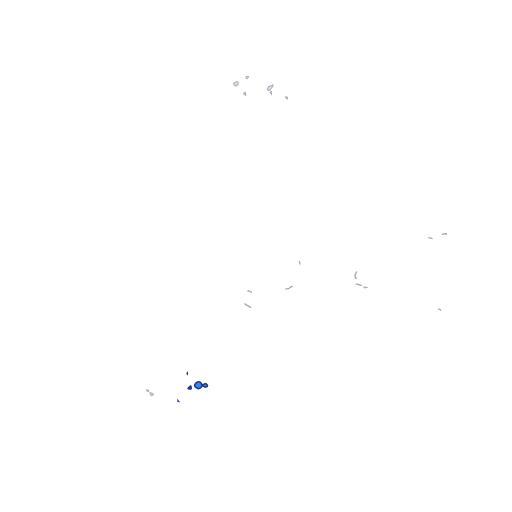 Windward Islands on a map of French Polynesia (Robinson projection), rotated 324°
{"feature_id": "PYF-4963", "entity_name": "Windward Islands", "entity_type": "state/province", "adm_level": 1, "iso_a3": "PYF", "parent_name": "French Polynesia", "parent_adm1": "", "projection": "robinson", "projection_center": [-149.632, -17.426], "detail": "fine", "context": "in_parent", "style": "filled", "palette": "blue", "viewbox_px": 512, "rotation_deg": 324, "n_neighbors": 0, "source": "natural_earth", "source_scale": "10m", "svg_char_len": 3396}
<svg xmlns="http://www.w3.org/2000/svg" viewBox="0 0 512 512"><g transform="rotate(324 256 256)"><path d="M136.9,328.3L140.1,329.5L140.7,331.4L140.0,332.7L138.4,332.4L137.6,331.7L136.5,329.4L133.4,329.9L131.3,329.5L130.1,326.5L130.0,325.2L130.6,324.3L132.8,323.4L135.7,324.1L136.7,325.8L136.9,328.3ZM366.0,126.2L369.3,127.5L370.3,127.4L369.3,128.7L366.0,129.4L364.9,130.0L363.5,129.6L362.8,128.1L366.0,126.2ZM342.8,106.4L340.6,107.0L339.5,106.8L338.8,104.8L339.1,103.5L339.4,103.1L343.1,103.6L343.4,104.5L343.4,105.4L342.8,106.4ZM90.9,307.8L90.0,307.8L89.2,307.5L89.4,304.8L89.6,304.3L90.9,305.2L91.9,307.5L90.9,307.8ZM126.1,324.7L125.4,325.3L124.5,324.9L124.1,324.2L123.9,323.6L124.1,322.8L126.2,322.9L126.8,323.2L126.1,324.7ZM354.3,107.1L352.8,107.3L352.6,106.1L353.0,105.4L353.6,105.1L354.7,105.5L355.3,106.0L355.3,106.5L354.3,107.1ZM342.6,119.4L342.1,119.9L341.3,118.3L341.1,117.7L342.8,116.9L343.6,117.3L342.6,119.4ZM221.6,294.0L221.7,294.4L221.2,294.4L220.4,293.1L220.1,292.0L219.6,290.7L218.9,289.8L218.8,288.9L218.8,287.6L219.6,289.7L220.4,291.3L220.9,292.6L221.6,294.0ZM324.3,332.6L324.4,333.0L323.6,333.0L323.4,332.8L323.4,331.9L324.0,330.8L324.5,329.9L325.4,329.0L327.1,328.2L327.9,327.8L328.1,328.0L327.8,328.2L325.1,330.0L324.2,331.2L323.8,332.1L323.9,332.4L324.3,332.6ZM374.1,146.9L373.3,147.4L373.2,144.7L374.3,145.2L374.7,145.6L374.5,146.4L374.1,146.9ZM323.7,341.0L323.9,341.7L323.1,341.2L322.3,339.9L320.9,338.3L320.6,337.7L321.7,338.3L322.4,339.2L323.7,341.0ZM89.6,302.2L89.2,302.4L88.8,302.0L88.6,301.3L88.8,300.1L89.8,300.9L90.3,301.4L89.6,302.2ZM365.2,132.2L363.5,134.2L363.5,132.0L364.1,131.8L364.6,131.8L365.2,132.2ZM423.4,349.9L422.9,350.5L422.9,350.0L422.3,349.7L421.4,349.2L420.3,348.5L419.7,348.4L419.3,348.1L419.8,347.9L420.5,348.2L421.5,348.7L422.6,349.3L423.4,349.9ZM231.2,282.0L231.1,283.1L230.7,282.0L229.3,280.3L228.8,279.5L229.4,279.6L231.2,282.0ZM326.9,345.8L327.2,346.7L326.6,346.3L324.9,345.4L324.8,344.6L326.9,345.8ZM266.6,301.3L267.8,302.5L266.2,301.7L264.2,301.3L265.0,301.1L266.1,301.1L266.6,301.3ZM263.8,301.7L262.9,301.8L260.8,300.3L261.6,300.3L262.8,301.2L263.8,301.7ZM408.6,344.8L408.6,345.3L406.5,342.9L407.3,343.1L408.6,344.8ZM373.8,408.4L373.1,408.9L373.4,408.3L372.9,406.9L372.4,406.7L372.9,406.2L373.6,407.3L373.8,408.4ZM287.3,288.0L286.9,288.3L287.4,286.3L288.0,286.1L287.3,288.0Z" fill="#d9dde1" stroke="#a8b0b8" stroke-width="1"/><path d="M140.0,329.4L140.5,330.0L140.7,331.2L140.6,332.3L139.8,332.9L139.5,332.8L138.3,332.4L137.9,332.3L137.2,331.2L136.7,330.1L136.4,329.2L136.1,329.0L135.9,329.5L135.4,329.6L134.1,330.1L133.6,330.1L133.3,330.1L132.6,329.8L131.3,329.5L131.1,329.4L130.7,327.9L130.5,327.7L130.3,327.5L130.1,327.1L130.0,326.5L129.9,326.1L130.1,324.9L130.7,324.2L131.6,323.8L132.6,323.5L133.6,323.4L134.6,323.6L135.5,324.0L136.2,324.6L136.4,324.8L136.6,325.2L136.8,325.6L136.8,326.0L136.7,327.7L136.8,328.2L137.3,328.9L138.2,329.2L140.0,329.4ZM126.5,322.6L126.7,322.8L126.7,323.0L126.3,324.1L125.9,324.8L125.5,325.2L125.0,325.2L124.5,324.9L123.9,324.4L123.4,323.9L123.2,323.3L123.4,323.1L123.9,322.9L124.2,322.8L124.4,323.1L124.5,323.3L124.9,323.2L125.1,323.1L125.4,323.0L125.6,323.2L125.7,322.9L125.9,322.7L126.2,322.6L126.5,322.6ZM107.6,327.8L107.8,327.5L107.8,328.0L107.6,327.8ZM131.2,310.6L131.3,310.5L131.5,310.4L131.4,310.6L131.1,310.9L131.1,310.7L131.2,310.6Z" fill="#3b82f6" stroke="#1e3a8a" stroke-width="1.5"/></g></svg>